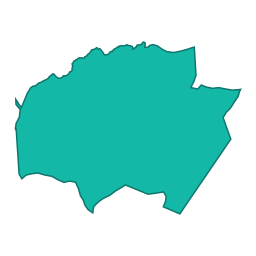 the district of San Lucas Zoquiápam, Oaxaca, Mexico
{"feature_id": "50627088B48388280535597", "entity_name": "San Lucas Zoquiápam", "entity_type": "district", "adm_level": 2, "iso_a3": "MEX", "parent_name": "Mexico", "parent_adm1": "Oaxaca", "projection": "orthographic", "projection_center": [-96.922, 18.111], "detail": "fine", "context": "isolated", "style": "filled", "palette": "teal", "viewbox_px": 256, "rotation_deg": 0, "n_neighbors": 0, "source": "geoboundaries", "source_scale": "gbopen_adm2", "svg_char_len": 4303}
<svg xmlns="http://www.w3.org/2000/svg" viewBox="0 0 256 256"><path d="M19.1,174.2L19.3,174.4L21.8,178.8L26.1,175.1L32.6,173.6L33.7,173.5L36.9,173.1L37.8,173.0L39.2,173.4L41.6,174.1L43.0,174.5L43.9,174.7L45.1,175.1L47.7,175.5L48.5,175.7L51.2,176.2L51.4,176.2L51.6,176.2L57.7,179.6L57.9,179.7L59.6,180.5L61.3,181.2L64.0,182.4L67.3,181.6L68.0,181.5L69.2,181.2L69.8,181.1L73.4,181.8L75.5,182.2L78.5,188.8L80.5,195.9L83.4,200.4L85.1,205.5L88.1,209.6L92.7,212.8L93.7,206.6L98.4,201.9L103.3,198.4L109.8,195.3L110.7,194.6L114.3,191.9L115.9,190.7L117.0,190.1L120.3,188.1L125.5,185.0L128.7,186.3L148.0,194.2L152.6,193.6L163.6,192.0L163.8,192.3L166.2,196.5L165.9,198.2L165.4,201.9L164.0,205.2L163.3,206.8L165.8,207.9L168.1,208.8L169.6,209.5L171.1,210.1L173.5,211.1L175.3,211.9L176.6,212.5L178.2,213.2L178.6,213.3L179.8,213.9L180.2,213.4L185.4,205.7L192.5,195.2L196.2,189.9L200.7,183.2L205.3,176.6L208.2,172.3L210.6,168.7L212.8,165.5L215.2,162.0L217.2,159.1L218.8,156.8L230.8,139.1L229.9,136.7L228.6,133.0L226.5,127.2L225.2,123.6L224.2,120.6L223.1,117.6L226.4,112.2L230.6,107.9L234.6,101.6L236.1,99.3L238.1,96.5L239.3,92.4L239.6,91.3L240.6,89.4L239.3,89.6L236.5,89.8L234.7,89.9L233.1,90.1L232.6,90.1L231.8,90.0L229.7,89.7L227.0,89.2L226.5,89.2L220.7,88.0L219.5,87.7L219.0,87.6L218.1,87.7L213.7,88.2L212.9,88.3L212.5,88.4L211.3,88.1L210.6,87.9L206.1,87.0L204.3,86.2L201.8,85.2L201.3,85.0L197.7,89.0L190.9,87.6L194.2,80.8L194.2,80.6L194.7,79.1L195.2,77.7L195.7,76.1L196.0,75.1L195.8,72.8L195.7,70.1L195.6,69.5L195.6,69.0L194.3,47.1L191.5,47.9L188.9,48.8L186.6,49.5L185.2,49.9L181.2,51.0L180.1,51.2L176.5,52.0L174.4,52.4L173.8,52.5L172.5,52.4L168.8,51.9L166.9,51.7L163.2,49.8L162.1,49.2L158.2,46.4L157.7,46.0L155.8,45.4L153.1,44.6L152.5,44.7L152.0,44.7L151.2,45.2L150.2,45.3L149.6,45.4L148.8,46.6L147.5,47.1L146.9,47.2L146.2,47.3L145.2,47.3L144.7,47.1L144.6,46.8L144.9,45.9L145.2,45.2L145.2,43.3L145.1,42.9L144.7,42.5L144.0,42.2L143.8,42.3L143.3,42.1L143.0,42.2L142.7,42.5L142.1,43.5L142.0,43.8L141.5,44.2L141.4,44.4L141.0,44.6L140.7,44.6L140.4,44.5L140.0,44.7L139.5,44.8L139.2,44.8L138.9,45.0L138.0,44.9L137.1,45.2L136.7,45.7L136.7,46.3L136.3,46.7L136.1,46.9L136.0,47.1L135.7,47.2L135.6,47.5L135.1,47.7L134.8,47.8L134.1,48.7L133.9,48.6L133.6,48.9L133.1,49.0L133.6,48.4L132.7,47.8L132.3,46.5L132.1,46.3L131.5,46.3L131.3,46.2L130.4,45.8L129.6,45.6L129.2,45.6L127.8,45.4L127.6,45.0L126.8,44.8L126.6,45.1L126.3,45.1L125.4,45.4L123.9,45.9L123.7,46.0L121.8,45.6L121.5,45.7L120.3,45.9L119.1,46.2L119.2,46.8L118.8,46.8L117.6,47.1L117.4,47.1L116.0,48.2L115.4,48.7L114.5,48.9L114.2,49.1L113.9,49.4L112.1,51.1L112.3,51.6L112.0,51.7L111.0,51.5L110.4,51.8L109.7,52.6L108.6,53.8L108.3,54.4L106.8,54.6L106.0,54.7L105.6,55.0L104.4,54.9L103.2,52.9L102.6,51.9L101.0,50.0L100.5,49.4L99.9,48.6L98.3,49.4L97.5,48.4L97.2,47.9L96.7,47.7L95.2,48.7L93.7,49.6L93.3,49.4L92.7,49.7L92.1,49.7L91.9,49.7L91.2,50.5L90.8,51.6L90.5,51.9L90.1,52.2L89.6,53.1L88.9,53.6L87.8,54.4L87.3,54.7L86.7,55.8L86.5,56.0L86.4,56.1L86.0,56.3L85.7,56.7L84.6,56.9L84.2,57.8L84.1,58.2L83.0,58.4L81.8,57.8L81.1,57.9L80.8,57.9L79.9,57.7L79.5,57.8L78.8,58.1L78.1,58.4L77.9,58.5L77.6,58.7L77.2,59.4L76.4,59.7L75.8,59.8L75.5,60.2L75.0,60.7L73.9,61.2L73.5,61.6L73.2,62.7L72.4,63.5L72.2,63.6L72.3,65.3L72.8,65.9L72.8,66.1L72.7,66.6L72.4,67.1L72.2,67.8L72.1,68.5L72.0,69.2L72.3,69.7L72.0,70.5L71.8,70.8L71.2,71.2L70.6,71.6L69.5,72.1L69.6,72.6L68.8,73.6L68.6,73.9L68.0,74.5L67.3,74.9L66.5,75.6L65.9,75.8L65.5,75.9L65.1,75.8L64.7,75.8L64.5,76.0L63.8,75.7L63.3,76.1L63.0,76.1L62.8,76.6L62.3,77.3L60.4,78.2L58.6,78.2L57.9,78.0L57.4,77.4L56.8,77.2L56.4,77.2L55.9,76.5L55.8,76.2L55.7,76.0L55.2,75.6L54.9,75.3L54.5,74.8L54.2,74.6L54.1,74.2L53.7,74.1L53.4,73.9L52.9,73.8L52.7,73.8L52.2,74.2L52.0,74.6L51.8,75.0L51.5,75.1L51.2,75.2L51.1,75.5L50.5,75.7L50.3,76.0L50.0,76.0L49.8,76.3L49.7,76.4L49.3,76.7L48.6,77.9L48.1,78.3L47.9,78.6L47.1,79.2L46.8,79.3L45.8,79.8L45.5,80.0L44.9,80.1L44.7,80.2L42.8,81.2L42.6,81.4L42.1,81.7L41.0,82.2L40.6,82.5L40.1,82.5L39.0,83.0L38.6,83.2L37.4,84.1L37.0,84.5L36.4,85.1L35.5,85.8L34.8,85.9L32.7,86.3L32.4,86.6L30.7,87.7L29.9,89.0L28.9,90.7L27.5,92.9L21.3,107.7L15.8,99.4L16.0,104.4L16.7,105.3L20.2,109.6L19.3,117.1L16.8,122.1L16.2,123.2L15.7,126.5L15.4,128.3L15.7,129.6L16.2,129.4L19.1,174.2Z" fill="#14b8a6" stroke="#0f766e" stroke-width="1.5"/></svg>